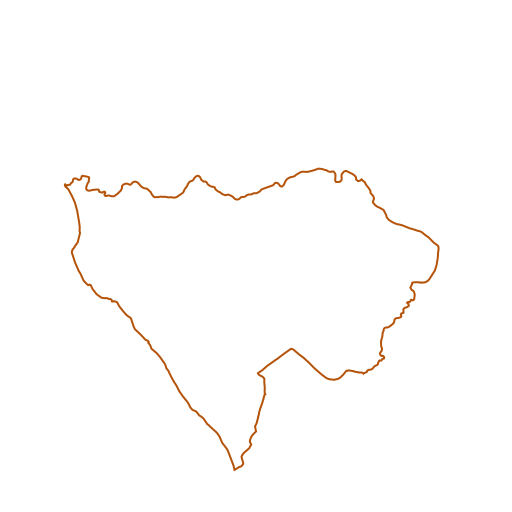 outline of Mecufi, Cabo Delgado, Mozambique, rotated 146°
{"feature_id": "85939544B73793826279493", "entity_name": "Mecufi", "entity_type": "district", "adm_level": 2, "iso_a3": "MOZ", "parent_name": "Mozambique", "parent_adm1": "Cabo Delgado", "projection": "albers", "projection_center": [40.384, -13.265], "detail": "fine", "context": "isolated", "style": "outline", "palette": "amber", "viewbox_px": 512, "rotation_deg": 146, "n_neighbors": 0, "source": "geoboundaries", "source_scale": "gbopen_adm2", "svg_char_len": 6136}
<svg xmlns="http://www.w3.org/2000/svg" viewBox="0 0 512 512"><g transform="rotate(146 256 256)"><path d="M125.6,260.5L127.9,260.3L128.8,260.6L129.6,261.3L130.1,263.0L130.1,263.7L129.1,265.3L129.2,267.5L130.2,270.1L132.8,274.7L133.6,276.0L134.4,276.5L136.1,276.8L139.3,275.8L140.4,274.5L141.9,271.9L142.9,271.0L144.3,270.6L145.8,271.0L148.2,272.5L148.3,274.1L145.3,278.0L144.3,279.8L144.4,282.5L145.4,283.4L147.3,284.1L148.8,285.8L149.7,287.8L150.9,288.9L151.8,290.3L153.3,291.8L155.2,293.4L161.0,295.0L166.4,297.0L169.9,299.6L171.0,300.2L172.6,300.6L177.5,300.9L179.4,300.6L180.6,300.9L183.2,302.0L184.7,302.3L187.2,302.4L188.4,302.1L190.2,301.3L193.2,299.4L195.6,299.0L196.5,299.9L196.8,300.5L196.9,302.6L197.3,304.4L197.8,305.0L199.2,305.9L202.3,305.1L213.2,307.9L214.4,308.0L217.0,307.4L220.3,307.7L223.1,309.4L225.6,309.7L227.7,311.1L229.1,311.5L231.7,311.4L232.9,311.7L234.1,312.5L235.5,313.1L237.9,312.7L239.3,312.9L240.7,313.9L241.5,314.9L242.2,318.3L243.2,320.3L244.3,321.9L244.7,322.5L246.8,323.2L247.7,323.8L249.3,326.2L250.3,329.2L251.3,330.6L252.0,332.8L252.3,334.1L251.9,335.9L252.5,337.0L253.9,338.2L255.0,339.9L255.9,342.3L255.8,345.1L256.5,346.2L258.0,347.2L258.2,348.0L258.7,349.9L258.3,352.9L258.6,354.1L259.2,354.9L259.8,355.3L261.2,355.5L263.5,355.1L265.4,354.2L266.5,354.0L269.0,354.6L270.3,354.5L272.1,353.8L274.1,352.5L278.1,351.1L280.2,349.7L281.4,349.3L287.9,349.2L290.2,349.6L291.5,350.3L293.7,352.4L295.5,353.3L298.7,356.3L300.3,357.2L301.8,358.5L304.8,359.8L305.3,360.4L306.8,361.1L307.3,361.6L307.7,362.8L307.9,365.2L307.6,368.0L308.7,372.6L310.7,374.6L311.7,376.2L312.3,377.7L312.9,382.5L313.3,383.6L314.5,385.2L315.9,385.8L317.0,385.9L317.8,385.8L319.5,385.3L320.4,385.4L321.1,386.0L321.9,387.5L322.8,388.3L323.8,388.9L325.9,389.4L328.0,388.9L329.2,387.2L331.6,385.8L336.3,385.0L339.9,384.9L341.0,385.3L342.4,386.4L344.0,388.3L344.8,388.9L346.9,389.6L347.4,390.3L347.4,391.6L347.0,392.0L346.4,392.1L345.5,392.8L345.4,393.8L346.5,394.5L347.7,394.5L348.4,394.9L349.9,396.6L349.9,397.3L349.4,398.3L349.5,399.0L349.9,399.6L354.2,402.0L357.2,403.1L358.4,403.9L359.3,405.2L359.1,406.9L358.1,408.1L354.8,410.5L353.7,410.8L352.9,411.3L352.1,412.6L351.0,413.6L350.5,414.3L350.6,415.0L352.2,416.8L355.1,419.6L356.1,419.4L357.9,417.8L359.5,417.7L360.4,418.1L361.7,420.6L362.4,421.3L363.4,421.9L364.6,421.9L366.1,420.4L367.0,419.9L368.6,419.8L370.5,419.1L372.2,420.1L373.4,420.0L373.9,420.3L374.2,420.7L373.9,421.4L374.1,422.1L374.4,422.1L374.8,421.7L375.1,420.7L375.1,419.6L374.3,416.6L374.3,415.7L375.1,408.2L376.3,401.4L379.0,393.4L384.0,382.4L386.0,378.5L388.5,375.0L389.0,373.5L396.0,367.2L398.0,366.3L401.0,365.3L401.6,364.7L403.7,364.2L405.3,363.4L406.7,362.0L409.7,351.6L411.3,342.7L411.4,339.4L412.6,332.8L412.6,330.8L411.6,326.1L411.0,325.4L410.1,325.4L409.3,324.2L410.0,319.9L409.7,317.3L409.6,313.8L407.6,308.1L405.9,306.3L403.1,304.4L402.2,302.9L400.6,301.5L400.3,300.1L400.8,298.8L400.6,298.5L398.8,297.9L397.0,295.3L397.5,291.0L397.1,285.3L396.5,280.2L395.7,277.3L394.7,275.1L394.6,274.0L396.9,265.8L397.3,263.0L395.4,254.5L394.6,248.9L394.1,247.6L393.0,246.2L393.0,244.7L393.9,244.2L393.6,241.3L394.5,237.5L392.7,231.2L392.1,226.3L391.9,218.0L392.0,216.6L393.1,212.8L392.8,209.8L393.1,208.7L394.0,202.0L394.4,197.1L394.4,193.3L395.2,187.0L395.1,180.5L394.5,173.2L394.6,170.6L395.1,167.3L394.8,164.4L394.4,163.5L392.5,160.5L392.2,155.5L391.4,153.9L390.4,150.6L390.4,144.0L389.7,141.9L389.5,140.4L387.5,132.4L387.2,130.0L387.2,126.6L388.5,120.1L388.0,112.6L388.3,109.9L391.9,94.6L393.4,90.7L388.7,90.5L385.6,89.9L383.2,90.6L382.5,91.2L380.5,97.1L380.2,97.7L379.0,98.5L376.5,99.5L369.2,100.4L365.4,102.4L365.2,104.4L364.6,106.0L363.3,107.2L360.3,109.1L357.1,110.0L354.1,110.5L352.1,115.3L349.3,116.8L348.9,117.3L347.8,117.9L347.6,118.4L345.3,120.2L345.0,120.7L344.4,120.9L344.2,121.5L341.8,123.4L341.5,124.0L338.8,126.4L332.4,131.1L330.8,132.6L330.1,132.9L329.8,133.4L326.8,135.9L326.4,136.2L325.7,136.2L325.8,136.7L324.9,138.4L322.2,142.2L319.8,146.6L317.7,149.6L318.0,152.1L319.9,155.6L320.1,157.2L319.9,157.8L314.8,157.8L308.5,158.6L296.8,158.9L296.2,158.8L288.1,159.3L278.9,159.5L277.6,158.1L277.2,157.1L275.2,149.9L273.5,145.2L272.5,140.8L272.0,139.3L270.4,130.6L268.1,121.8L266.2,116.2L265.1,114.1L264.0,112.8L260.5,109.7L256.6,108.3L255.5,108.1L254.2,108.1L249.9,108.9L245.7,110.2L244.7,110.1L244.2,109.5L243.3,109.5L242.3,108.6L240.0,106.4L239.8,106.0L239.3,105.8L239.1,105.2L237.2,103.2L236.6,102.9L235.7,101.7L233.9,100.6L232.7,99.1L232.7,98.4L231.9,98.6L230.0,98.0L228.9,98.0L227.7,98.7L226.3,98.7L224.9,97.8L223.8,97.5L222.7,97.4L219.1,98.3L216.2,97.9L215.1,98.4L214.7,99.0L212.3,100.3L211.7,100.2L211.1,99.5L210.4,99.3L208.7,100.0L208.1,99.7L207.1,99.5L206.3,100.8L206.4,101.7L206.7,102.4L207.4,102.7L208.0,103.3L208.2,104.4L207.8,105.8L207.3,106.3L205.0,107.1L204.0,107.8L203.3,109.0L202.6,111.4L200.4,114.8L199.4,116.0L196.1,118.8L194.1,121.3L192.0,122.7L191.3,123.7L190.3,124.3L189.2,124.3L187.9,123.9L186.7,123.1L184.9,122.9L181.1,123.1L178.7,123.7L176.8,125.7L176.2,126.0L174.5,126.1L172.9,125.1L170.2,124.3L169.2,124.8L168.6,126.6L168.0,126.9L167.5,127.1L165.9,126.5L165.2,126.7L163.7,129.4L163.3,129.5L162.0,129.9L159.1,129.1L157.1,129.3L156.5,131.0L156.9,132.7L155.9,132.9L154.4,131.9L153.4,132.1L152.4,132.9L151.8,133.0L151.0,131.7L150.6,131.5L150.0,131.4L148.9,131.8L146.0,135.2L145.2,137.5L145.0,138.7L145.4,139.9L145.8,140.5L145.9,141.5L145.7,143.4L142.2,145.5L141.8,146.3L141.2,146.4L139.5,145.7L136.5,143.8L135.4,142.9L135.1,142.3L134.3,142.1L134.0,141.5L133.3,141.3L133.0,140.9L130.8,139.7L129.1,139.4L127.1,139.4L124.9,140.0L115.9,143.9L111.4,147.5L107.1,152.0L104.3,155.3L104.1,155.9L100.7,159.7L99.6,161.6L99.4,162.8L101.2,167.8L102.6,175.4L103.5,177.3L105.4,183.5L106.9,185.6L107.7,186.3L110.8,190.4L113.2,193.1L117.3,199.3L119.8,202.2L120.6,202.8L122.5,205.2L124.1,208.0L125.6,211.5L126.0,215.0L125.0,217.8L124.9,220.3L124.5,222.0L124.6,223.0L126.7,227.2L127.7,228.7L128.7,231.2L129.1,234.5L128.7,235.7L126.0,237.6L125.3,240.2L125.8,244.2L124.6,246.5L124.6,249.6L124.9,253.1L124.6,256.8L125.4,258.7L125.6,260.5Z" fill="none" stroke="#b45309" stroke-width="2"/></g></svg>